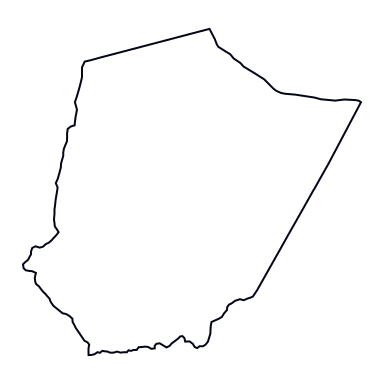 outline of Poço Redondo, Sergipe, Brazil
{"feature_id": "56859067B19091315628692", "entity_name": "Poço Redondo", "entity_type": "district", "adm_level": 2, "iso_a3": "BRA", "parent_name": "Brazil", "parent_adm1": "Sergipe", "projection": "natural_earth1", "projection_center": [-37.757, -9.851], "detail": "fine", "context": "isolated", "style": "outline", "palette": "ink", "viewbox_px": 384, "rotation_deg": 0, "n_neighbors": 0, "source": "geoboundaries", "source_scale": "gbopen_adm2", "svg_char_len": 2250}
<svg xmlns="http://www.w3.org/2000/svg" viewBox="0 0 384 384"><path d="M214.8,39.1L209.5,28.9L192.6,33.3L147.0,45.3L122.2,51.8L116.2,53.4L101.2,57.3L91.1,60.1L84.7,61.6L82.0,67.4L82.0,77.2L79.9,85.9L78.2,91.9L76.7,97.0L74.9,102.2L76.0,106.1L77.0,109.7L75.6,116.8L75.2,119.9L74.6,125.3L70.8,126.5L67.7,128.9L67.1,133.3L67.1,137.5L67.0,141.2L65.6,144.5L63.9,148.7L63.2,152.9L63.3,155.6L61.1,163.3L60.8,167.6L59.7,171.9L57.7,179.0L55.8,183.1L57.6,187.5L57.0,191.7L56.4,195.3L55.7,199.4L55.0,205.7L54.5,209.2L54.5,213.4L54.0,219.6L54.5,223.2L54.8,226.4L56.6,228.9L58.6,232.1L56.1,235.4L53.6,238.0L51.8,240.1L48.8,242.7L45.8,244.1L43.0,246.7L39.7,247.6L35.4,246.3L32.2,248.0L31.0,251.7L31.0,254.4L29.6,256.8L28.1,259.8L25.0,262.3L23.0,264.3L23.6,268.2L25.8,270.3L29.0,270.9L32.1,271.2L35.9,272.9L34.8,277.8L35.2,281.5L36.0,283.9L38.9,286.3L41.3,289.5L43.4,292.1L45.5,294.0L47.0,295.9L49.5,298.6L50.7,301.9L53.4,305.8L62.6,313.3L66.1,314.0L69.3,315.9L72.4,318.7L72.6,322.0L74.3,324.9L75.7,327.9L77.6,330.6L84.5,340.8L87.5,342.3L89.2,344.6L88.5,348.4L88.5,352.3L88.6,355.1L91.2,355.0L94.6,354.2L97.4,352.2L100.0,352.8L102.2,350.9L104.8,351.3L107.1,351.5L110.3,352.7L113.9,352.6L117.0,351.6L120.5,352.6L124.1,352.2L126.8,352.3L128.5,350.3L131.0,350.9L133.3,350.0L136.7,349.9L138.7,347.2L141.4,347.1L145.0,346.6L148.3,347.0L151.3,348.8L154.7,348.4L154.7,345.9L156.4,343.8L159.7,343.3L163.5,345.6L166.5,347.4L169.6,345.9L171.6,343.5L174.8,341.1L178.1,338.6L180.1,336.5L182.4,336.1L184.4,338.0L185.2,341.6L189.5,341.4L192.8,343.8L194.7,347.0L197.2,348.1L199.6,346.2L202.9,346.3L205.7,344.5L207.9,341.7L209.1,337.8L210.4,333.5L210.5,329.8L210.7,326.4L211.5,322.0L215.5,320.2L218.7,318.8L221.9,316.9L224.1,313.3L227.0,310.0L227.2,307.1L229.0,304.6L231.4,303.5L235.1,300.8L239.9,299.2L243.7,300.2L248.0,298.4L250.3,297.7L252.8,296.6L257.0,290.4L284.5,241.6L286.7,237.6L300.7,212.9L313.3,190.5L314.6,188.4L321.1,176.8L328.9,163.0L330.5,159.9L361.0,102.2L358.7,100.7L355.6,100.1L344.4,99.5L335.3,100.6L321.1,99.3L318.0,98.5L314.2,97.5L295.1,94.6L285.4,93.8L281.2,93.0L276.4,90.9L273.4,88.6L264.2,79.3L258.6,75.8L256.5,74.4L243.5,66.5L240.5,63.1L233.6,58.4L230.2,54.2L225.7,51.5L218.3,46.8L216.8,44.4L214.8,39.1Z" fill="none" stroke="#020617" stroke-width="2"/></svg>